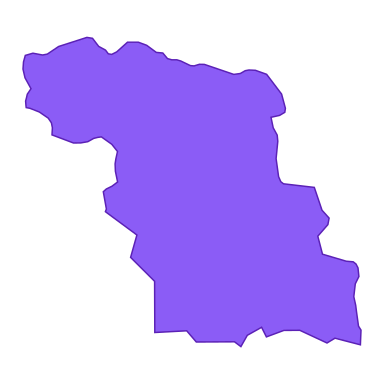 Hrazdan, Kotayk, Armenia (orthographic projection)
{"feature_id": "60910142B58018566981737", "entity_name": "Hrazdan", "entity_type": "district", "adm_level": 2, "iso_a3": "ARM", "parent_name": "Armenia", "parent_adm1": "Kotayk", "projection": "orthographic", "projection_center": [44.645, 40.538], "detail": "fine", "context": "isolated", "style": "filled", "palette": "violet", "viewbox_px": 384, "rotation_deg": 0, "n_neighbors": 0, "source": "geoboundaries", "source_scale": "gbopen_adm2", "svg_char_len": 1384}
<svg xmlns="http://www.w3.org/2000/svg" viewBox="0 0 384 384"><path d="M25.3,55.4L23.5,61.9L23.0,69.1L25.0,77.8L31.0,88.7L27.3,94.2L26.4,98.1L25.6,101.1L26.0,106.1L26.2,107.6L29.9,108.3L39.3,112.0L48.2,118.1L51.4,122.8L52.4,127.8L52.0,134.9L73.5,143.0L80.9,142.9L87.8,141.7L93.7,138.4L97.7,137.4L101.4,136.9L111.8,144.3L117.5,151.5L115.8,159.2L115.1,163.9L115.4,171.3L117.6,182.0L112.0,186.2L106.3,189.0L103.3,191.7L106.4,209.1L106.0,210.0L105.4,211.7L136.9,235.0L130.6,257.4L154.6,281.3L154.8,332.5L186.7,330.8L196.3,342.0L234.5,341.8L240.9,346.6L247.3,335.3L261.6,327.3L266.4,336.9L283.9,330.4L299.8,330.3L327.0,343.0L334.9,338.2L360.4,344.8L361.0,330.1L358.5,326.1L356.5,311.7L355.7,305.3L353.8,296.7L355.3,283.8L358.9,276.5L358.0,267.9L356.0,264.0L353.2,261.8L346.2,261.2L322.5,254.2L317.8,236.2L327.9,224.6L329.1,218.1L322.0,210.2L314.3,187.4L283.5,183.8L280.8,181.7L278.6,176.7L276.1,158.6L277.8,141.3L277.2,135.1L273.2,127.8L271.0,117.3L279.6,115.4L284.8,112.3L285.4,108.3L281.6,94.1L266.6,74.3L255.4,70.3L248.9,70.0L245.2,70.7L240.3,73.5L233.8,74.4L204.4,64.4L199.4,64.3L194.1,65.9L190.4,65.6L180.8,61.0L176.8,59.8L171.8,59.8L167.5,58.6L162.8,53.0L156.3,52.4L146.7,45.3L138.3,42.2L127.5,42.2L116.7,51.9L111.7,54.4L108.3,53.8L105.5,50.1L98.7,46.4L92.5,38.3L86.9,37.4L58.6,46.5L47.3,54.1L42.6,55.0L32.9,53.2L25.3,55.4Z" fill="#8b5cf6" stroke="#5b21b6" stroke-width="1.5"/></svg>